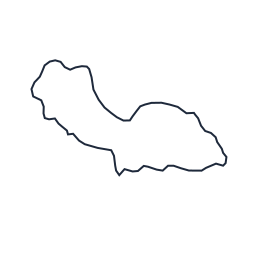 outline of Alingsås, Västra Götaland, Sweden, rotated 286°
{"feature_id": "70781695B65957957058719", "entity_name": "Alingsås", "entity_type": "district", "adm_level": 2, "iso_a3": "SWE", "parent_name": "Sweden", "parent_adm1": "Västra Götaland", "projection": "mercator", "projection_center": [12.579, 57.995], "detail": "fine", "context": "isolated", "style": "outline", "palette": "slate", "viewbox_px": 256, "rotation_deg": 286, "n_neighbors": 0, "source": "geoboundaries", "source_scale": "gbopen_adm2", "svg_char_len": 1093}
<svg xmlns="http://www.w3.org/2000/svg" viewBox="0 0 256 256"><g transform="rotate(286 128 128)"><path d="M160.7,187.2L158.3,180.1L162.0,170.0L162.0,161.5L161.5,153.2L158.6,143.6L155.2,137.8L152.2,133.8L146.8,131.6L140.5,129.2L135.8,127.7L133.9,121.6L135.3,114.3L137.8,107.7L141.2,99.8L147.1,92.0L155.4,84.2L166.7,79.0L174.0,74.4L175.7,71.5L175.3,69.5L174.7,66.6L171.8,60.9L168.1,56.3L169.1,50.4L173.0,45.0L173.0,39.4L170.3,34.5L165.2,30.6L158.6,29.9L153.0,29.1L146.1,25.5L138.8,24.5L133.0,27.7L132.2,28.2L130.7,37.0L125.3,41.1L118.7,42.8L114.6,45.3L114.6,49.7L117.0,55.1L113.1,60.0L111.1,64.4L108.7,70.0L105.3,72.1L107.3,76.8L102.4,84.4L100.5,90.9L100.5,104.3L102.0,118.0L97.4,122.2L88.2,126.1L83.8,128.3L80.3,132.6L87.5,136.0L87.5,144.4L89.4,149.4L95.9,153.6L96.3,157.8L95.9,167.0L96.6,173.1L102.8,176.9L104.3,182.2L103.9,189.9L103.9,198.3L107.3,210.5L111.2,214.0L118.0,222.4L118.0,229.8L121.2,231.5L127.3,230.6L130.3,226.3L133.9,223.9L139.1,217.6L143.3,214.8L146.1,209.1L146.4,203.0L150.3,197.6L156.7,192.7L159.4,188.8L160.7,187.2Z" fill="none" stroke="#1e293b" stroke-width="2"/></g></svg>